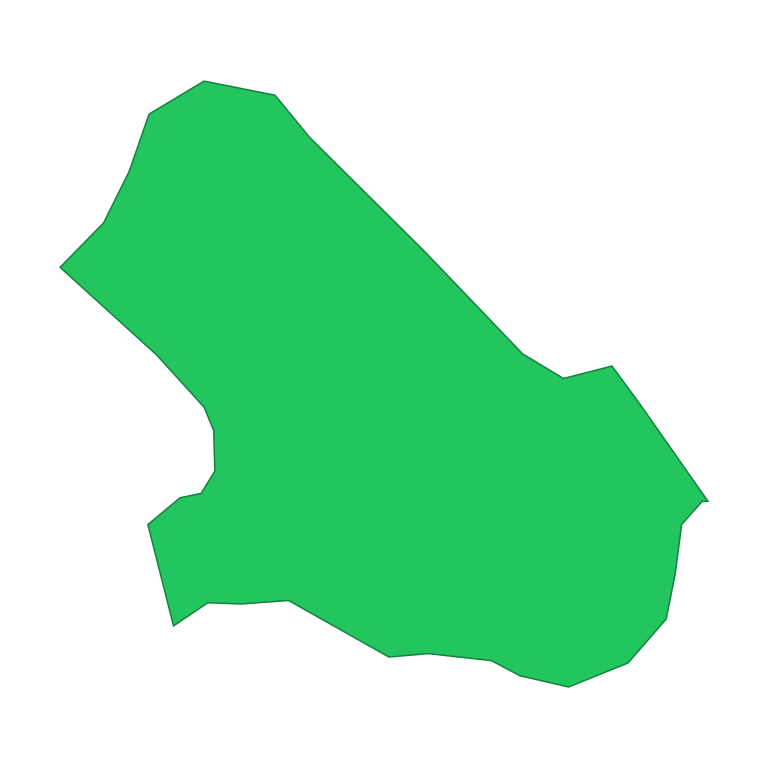 the district of Dalseo-gu, Daegu, South Korea, rotated 182°
{"feature_id": "91817680B1574399427608", "entity_name": "Dalseo-gu", "entity_type": "district", "adm_level": 2, "iso_a3": "KOR", "parent_name": "South Korea", "parent_adm1": "Daegu", "projection": "robinson", "projection_center": [128.53, 35.815], "detail": "fine", "context": "isolated", "style": "filled", "palette": "green", "viewbox_px": 768, "rotation_deg": 182, "n_neighbors": 0, "source": "geoboundaries", "source_scale": "gbopen_adm2", "svg_char_len": 584}
<svg xmlns="http://www.w3.org/2000/svg" viewBox="0 0 768 768"><g transform="rotate(182 384 384)"><path d="M711.8,489.3L612.5,405.3L563.0,354.5L552.6,331.7L550.0,291.1L563.0,268.3L583.8,263.2L615.1,235.3L585.9,134.9L552.5,159.2L518.7,159.2L471.8,164.3L369.6,111.3L330.6,116.1L267.1,111.3L237.8,97.1L189.0,87.6L130.4,113.7L93.8,158.9L86.4,204.1L81.6,254.0L62.0,277.8L56.2,278.2L127.4,372.6L156.8,409.9L204.9,395.8L246.6,419.0L348.0,517.8L467.2,628.1L503.0,668.8L574.5,680.4L628.2,645.6L646.1,587.5L669.9,535.2L711.8,489.3Z" fill="#22c55e" stroke="#15803d" stroke-width="1.5"/></g></svg>